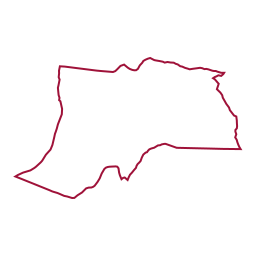 Altônia, Paraná, Brazil (Mercator projection)
{"feature_id": "56859067B71956660954916", "entity_name": "Altônia", "entity_type": "district", "adm_level": 2, "iso_a3": "BRA", "parent_name": "Brazil", "parent_adm1": "Paraná", "projection": "mercator", "projection_center": [-53.928, -23.914], "detail": "fine", "context": "isolated", "style": "outline", "palette": "rose", "viewbox_px": 256, "rotation_deg": 0, "n_neighbors": 0, "source": "geoboundaries", "source_scale": "gbopen_adm2", "svg_char_len": 2058}
<svg xmlns="http://www.w3.org/2000/svg" viewBox="0 0 256 256"><path d="M224.1,72.8L221.2,72.8L217.2,71.6L215.8,71.0L213.9,71.0L212.3,70.7L208.5,69.4L206.4,68.9L204.4,69.1L202.2,68.2L200.1,67.8L196.6,68.3L192.8,68.8L189.7,69.3L187.6,68.6L185.1,67.9L182.2,66.6L180.2,66.2L177.7,64.4L175.7,63.8L173.8,62.7L170.5,62.5L167.5,62.0L164.7,62.6L162.8,61.7L159.3,61.0L156.3,60.5L154.3,60.1L152.7,59.3L150.2,58.0L147.8,58.7L145.3,59.8L143.3,61.0L142.3,62.7L139.8,65.4L137.9,68.9L136.1,70.2L134.4,70.3L132.3,69.9L129.7,68.9L127.7,67.6L124.1,64.6L120.5,65.9L117.3,69.2L115.3,71.1L113.0,72.0L100.8,71.0L96.6,70.6L64.8,66.6L59.9,66.3L59.0,70.7L59.1,73.3L58.7,77.2L59.6,79.6L58.5,85.3L57.9,87.8L58.6,95.0L59.5,97.9L59.1,100.1L60.4,101.3L62.1,108.9L61.8,114.3L57.9,124.4L56.8,128.6L55.6,132.2L55.0,133.7L54.3,137.0L52.4,145.0L50.5,149.6L45.9,154.7L42.2,160.7L40.8,162.3L35.9,166.8L34.3,168.0L30.4,170.4L23.1,172.6L17.9,175.0L15.4,176.5L21.7,179.0L49.5,190.2L52.2,191.4L54.1,192.0L57.5,193.0L60.3,194.2L64.2,195.9L67.2,196.5L72.1,198.0L74.4,197.9L77.5,195.3L82.0,192.5L86.1,188.4L88.6,187.6L91.4,187.5L93.2,186.8L94.6,185.8L97.5,182.0L99.7,178.4L101.7,173.5L104.4,168.9L106.0,167.6L107.7,167.0L109.7,166.7L115.6,166.4L117.3,166.7L118.5,168.3L119.1,172.6L119.9,175.3L121.5,179.2L123.1,177.9L124.7,177.5L127.6,180.0L128.6,177.5L130.0,174.7L131.9,172.7L133.9,170.2L136.0,167.8L136.5,166.0L137.6,164.1L139.1,162.7L140.6,161.0L141.8,157.6L143.3,154.6L145.6,152.6L147.0,152.2L148.1,150.6L149.4,149.3L151.3,148.5L154.2,147.7L156.0,146.6L158.0,145.4L160.2,145.2L161.7,144.4L164.2,143.9L165.7,143.9L176.7,147.8L198.2,148.3L207.2,148.5L222.7,148.9L240.6,149.1L239.4,147.1L238.3,144.7L237.4,142.3L236.7,139.8L235.2,137.4L236.3,134.2L235.4,131.7L235.4,130.0L236.8,128.4L237.1,126.2L236.9,123.1L236.8,120.4L236.3,116.5L234.0,115.5L232.0,112.9L229.9,110.2L229.0,107.5L226.3,103.9L224.8,101.2L222.8,97.7L222.2,95.2L220.4,92.6L216.9,89.2L218.7,83.8L214.8,79.3L213.1,78.2L214.7,77.1L216.6,76.3L218.4,75.3L221.2,75.9L223.3,74.1L224.1,72.8Z" fill="none" stroke="#9f1239" stroke-width="2"/></svg>